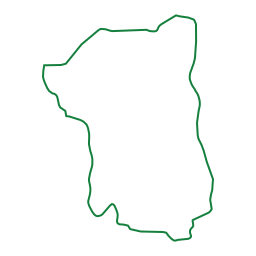 map outline of Nakhon Pathom (Equal Earth projection)
{"feature_id": "THA-418", "entity_name": "Nakhon Pathom", "entity_type": "Province", "adm_level": 1, "iso_a3": "THA", "parent_name": "Thailand", "parent_adm1": "", "projection": "equal_earth", "projection_center": [100.101, 13.917], "detail": "fine", "context": "isolated", "style": "outline", "palette": "green", "viewbox_px": 256, "rotation_deg": 0, "n_neighbors": 0, "source": "natural_earth", "source_scale": "10m", "svg_char_len": 1834}
<svg xmlns="http://www.w3.org/2000/svg" viewBox="0 0 256 256"><path d="M176.0,15.4L179.6,16.3L188.5,17.6L194.0,19.7L195.2,22.2L196.0,24.3L196.1,41.7L195.0,57.4L194.6,59.7L193.6,63.6L190.2,72.9L189.7,76.4L189.8,79.4L191.4,83.8L192.6,86.1L194.8,89.4L195.3,90.5L196.1,91.8L196.8,92.8L197.6,94.2L198.5,96.4L199.6,100.5L199.8,103.2L199.8,105.4L198.6,111.1L197.0,122.8L197.7,135.0L198.2,137.6L198.6,139.0L201.6,145.1L203.6,150.4L206.8,161.9L213.0,179.2L212.2,190.2L210.9,195.0L210.2,199.9L211.7,209.0L210.3,211.3L208.6,212.7L193.3,219.8L192.7,220.2L192.6,220.9L193.2,224.6L193.2,225.9L192.7,226.9L192.0,227.7L191.2,228.4L190.6,229.3L190.1,230.4L190.0,231.7L190.1,233.1L190.9,235.4L191.0,236.7L190.1,237.9L188.4,238.8L177.7,239.9L176.3,240.4L174.9,240.6L173.7,240.4L171.0,238.4L168.5,235.8L166.2,232.7L163.1,232.0L140.7,231.5L130.2,229.1L128.0,225.6L123.7,224.6L119.4,224.3L117.7,223.3L117.0,221.7L117.1,220.1L117.6,216.7L117.7,215.0L117.3,212.7L116.4,210.0L114.4,205.5L113.0,204.3L111.8,204.1L109.9,205.7L102.7,214.0L101.5,215.0L100.0,215.7L97.4,216.2L95.7,215.6L94.1,214.3L92.1,211.5L89.3,206.1L88.6,204.1L88.2,202.3L88.3,200.8L89.8,194.9L90.3,191.7L90.4,189.9L90.4,188.1L89.8,184.5L89.3,182.3L89.0,180.5L89.0,178.9L90.1,173.1L92.0,166.5L92.3,164.8L92.4,159.5L92.1,157.6L91.7,155.5L90.3,151.0L89.0,144.3L89.0,142.6L89.2,136.5L89.1,133.5L88.1,128.4L87.2,125.9L86.3,124.3L83.7,121.8L82.7,121.2L80.4,120.0L69.4,116.5L66.3,116.1L65.3,110.9L60.2,107.4L59.0,105.0L57.3,97.1L56.2,95.1L54.5,93.9L52.5,93.4L49.1,91.0L47.2,88.0L44.6,82.2L43.6,79.3L43.0,76.8L43.3,71.2L44.2,65.3L61.0,65.0L65.9,63.7L81.5,44.4L98.3,30.3L100.5,29.0L101.5,28.9L105.7,29.3L110.5,30.8L112.3,31.1L146.4,29.8L149.9,31.1L153.9,31.4L155.9,31.1L157.2,30.1L157.8,28.9L158.3,27.6L159.1,26.3L160.0,25.3L161.4,24.2L176.0,15.4Z" fill="none" stroke="#15803d" stroke-width="2"/></svg>